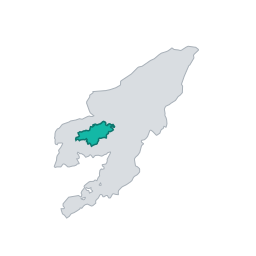 location of Toktogul, Jalal-Abad, Kyrgyzstan, rotated 326°
{"feature_id": "92254566B9187696742897", "entity_name": "Toktogul", "entity_type": "district", "adm_level": 2, "iso_a3": "KGZ", "parent_name": "Kyrgyzstan", "parent_adm1": "Jalal-Abad", "projection": "albers", "projection_center": [73.19, 41.788], "detail": "fine", "context": "in_parent", "style": "filled", "palette": "teal", "viewbox_px": 256, "rotation_deg": 326, "n_neighbors": 0, "source": "geoboundaries", "source_scale": "gbopen_adm2", "svg_char_len": 5132}
<svg xmlns="http://www.w3.org/2000/svg" viewBox="0 0 256 256"><g transform="rotate(326 128 128)"><path d="M58.9,151.9L59.5,151.5L61.5,151.2L65.4,150.9L66.8,151.2L69.5,152.9L71.5,152.7L71.9,153.0L72.7,154.3L75.6,152.4L77.7,151.8L78.8,149.8L81.1,147.4L83.0,147.0L83.0,147.4L83.4,147.8L85.3,148.4L85.9,147.7L86.2,146.8L85.6,145.4L85.6,144.9L86.2,144.0L89.3,145.4L90.0,145.3L91.4,144.6L92.7,143.3L93.2,142.3L99.5,138.9L100.0,138.3L99.9,137.9L97.2,137.1L96.0,137.5L94.9,137.5L94.3,137.0L91.0,136.8L90.3,136.5L88.2,134.0L85.6,132.5L84.3,132.6L82.8,133.2L82.3,132.9L82.2,130.6L81.9,129.2L81.0,128.9L79.8,129.4L76.6,128.6L76.3,125.8L75.1,123.2L73.4,122.2L73.4,120.7L72.8,120.0L72.3,120.2L71.6,120.9L71.9,122.6L71.6,124.3L71.2,125.1L70.5,125.7L69.6,125.7L68.2,124.9L67.8,129.9L67.5,130.2L65.8,129.5L64.4,129.8L62.3,129.4L60.7,128.5L57.7,127.5L56.3,126.5L55.5,123.1L54.7,121.9L53.9,121.6L50.6,122.7L47.3,120.5L45.7,120.0L45.3,119.3L45.4,118.6L50.6,114.9L52.6,112.4L53.9,111.3L57.1,110.2L57.9,107.9L58.2,107.6L61.4,106.5L65.1,104.5L65.1,103.9L64.8,103.4L61.6,101.4L60.0,102.3L59.0,101.1L59.0,100.0L60.2,98.0L61.1,97.1L61.5,95.2L62.8,94.0L64.2,92.0L65.9,90.4L68.9,89.3L70.6,89.7L72.2,89.4L74.6,88.5L76.1,88.4L82.3,90.0L84.4,90.1L89.2,92.2L93.0,93.2L94.9,95.1L101.0,95.9L102.7,96.5L103.3,97.4L105.0,98.6L106.5,98.8L105.2,94.3L105.7,91.6L107.6,84.2L108.6,83.0L113.5,80.9L114.7,79.4L118.2,79.3L118.9,79.1L119.3,78.2L130.4,84.5L134.6,86.2L140.4,87.8L145.3,88.2L146.1,87.8L148.0,85.2L148.9,85.0L161.0,85.1L169.6,83.4L170.9,83.4L174.2,84.7L184.4,84.6L188.5,85.3L194.8,84.6L197.5,84.6L202.5,86.1L204.2,86.4L207.4,86.4L208.6,86.1L209.3,86.4L210.1,88.7L213.3,91.4L214.6,92.9L215.7,93.4L221.5,93.5L223.6,93.9L229.3,99.0L230.3,102.2L229.8,102.9L224.2,103.8L223.0,104.3L221.8,106.8L214.5,110.3L213.3,110.3L203.6,116.5L196.8,121.6L196.7,123.8L192.8,129.1L189.7,129.9L187.1,130.0L182.8,131.7L177.3,131.5L175.4,131.7L171.7,131.1L170.3,131.6L168.7,132.7L166.8,136.8L165.9,137.8L165.5,138.7L165.3,140.7L164.6,142.8L162.8,146.1L161.3,147.6L159.9,148.6L158.7,146.7L156.8,148.1L155.0,147.9L154.0,148.3L151.5,150.1L147.8,150.1L147.4,149.6L146.6,144.9L145.9,142.8L145.3,142.3L144.7,142.3L139.5,146.0L137.1,146.7L135.1,146.9L132.5,145.9L131.9,146.1L131.5,146.7L131.3,147.5L132.1,149.5L131.9,149.9L130.7,149.9L129.1,150.4L124.1,154.8L120.9,156.0L117.9,156.4L116.1,157.2L115.2,158.8L113.2,163.2L113.3,164.2L114.1,165.3L114.8,168.0L114.6,168.7L113.1,170.9L111.0,171.6L109.4,171.9L106.3,171.7L104.7,172.1L101.8,173.8L99.4,174.1L94.9,174.1L90.5,173.5L89.0,173.7L85.1,174.6L83.7,176.2L83.0,177.6L82.6,177.8L81.0,176.5L79.0,174.2L78.1,174.2L74.5,176.0L74.0,176.0L73.0,175.2L73.1,172.4L72.0,171.7L69.6,171.6L68.8,170.9L69.1,169.1L68.8,168.4L68.2,167.8L67.0,167.9L64.4,169.4L61.5,169.9L60.4,170.4L59.2,172.3L55.3,172.7L54.0,172.2L51.8,168.4L49.8,167.7L47.7,167.8L44.8,168.7L44.2,167.9L43.5,167.6L42.8,168.2L39.3,168.2L35.8,168.0L33.9,167.5L32.6,167.4L29.9,168.4L26.8,168.4L26.6,164.9L25.7,162.5L26.8,158.7L27.4,157.5L29.7,159.0L30.6,158.8L30.8,158.1L30.6,156.3L31.8,154.5L40.1,152.2L49.2,156.3L50.3,158.8L51.1,158.7L52.4,157.6L52.8,155.6L54.7,154.4L58.6,153.2L58.9,151.9ZM63.4,160.6L63.5,160.2L62.9,158.4L63.9,156.7L62.0,156.4L61.1,155.9L60.1,154.1L59.7,154.1L59.1,154.5L58.8,155.6L59.1,156.8L60.4,158.0L59.7,160.4L62.4,160.8L63.4,160.6ZM53.7,162.0L53.7,161.5L53.1,161.2L49.6,160.4L49.7,160.9L51.0,162.7L52.0,162.9L53.7,162.0ZM74.3,159.4L74.5,158.2L72.4,158.9L72.2,159.4L72.8,160.1L73.7,160.4L74.3,159.4Z" fill="#d9dde1" stroke="#a8b0b8" stroke-width="1"/><path d="M99.9,105.8L100.3,106.1L101.2,107.0L99.2,107.3L97.7,106.0L94.9,108.4L93.5,108.1L91.8,106.4L91.2,106.5L89.4,105.6L87.3,105.4L85.9,104.2L84.7,104.3L83.9,104.1L83.5,105.3L83.4,106.9L83.0,107.6L82.3,107.6L81.1,107.4L79.7,106.9L78.4,107.9L78.0,109.1L78.8,108.9L79.7,109.1L80.5,109.8L80.6,111.3L82.1,111.3L84.6,112.6L85.7,113.7L87.5,113.6L87.5,115.1L86.7,115.3L86.0,116.1L86.6,116.6L86.5,117.5L86.0,117.9L85.7,118.7L86.3,119.2L87.7,119.2L88.0,120.1L87.5,122.7L89.8,122.8L91.6,123.2L92.7,123.7L93.7,123.7L94.9,122.7L96.1,122.2L96.7,121.9L97.3,120.7L98.6,120.4L99.1,120.9L100.1,121.5L101.7,121.9L103.5,122.8L103.9,123.6L104.5,124.1L105.5,122.8L106.0,121.9L106.8,121.5L108.7,121.6L109.2,120.7L110.0,120.2L111.2,121.1L113.1,121.4L114.8,121.3L115.0,119.5L114.1,118.0L114.1,117.3L114.9,117.2L116.7,118.0L116.7,118.7L116.4,119.1L117.1,119.7L117.6,119.4L117.6,116.8L115.7,115.8L115.3,114.4L114.3,113.9L113.1,113.9L112.7,114.4L112.0,114.3L111.4,113.4L111.4,112.6L112.4,111.4L112.3,110.3L112.1,110.4L112.0,110.2L111.9,109.9L111.8,109.7L111.7,109.4L111.7,109.2L111.5,108.9L111.3,108.8L111.1,108.8L110.8,108.7L110.3,108.7L110.0,108.7L109.7,108.8L109.4,108.9L109.0,109.0L108.5,109.2L108.3,109.1L108.0,108.9L107.8,109.0L107.5,109.1L107.3,109.1L107.0,109.0L106.8,108.8L106.6,108.7L106.4,108.7L106.2,108.7L105.8,108.5L105.6,108.5L105.4,108.5L105.2,108.5L104.9,108.3L104.6,108.2L104.4,108.1L104.0,108.2L103.9,108.1L103.7,107.9L103.6,107.6L103.5,107.3L103.4,106.8L103.2,106.6L102.9,106.4L102.4,106.3L102.0,106.2L101.1,105.9L100.8,105.9L100.3,105.9L100.0,105.9L99.9,105.8Z" fill="#14b8a6" stroke="#0f766e" stroke-width="1.5"/></g></svg>